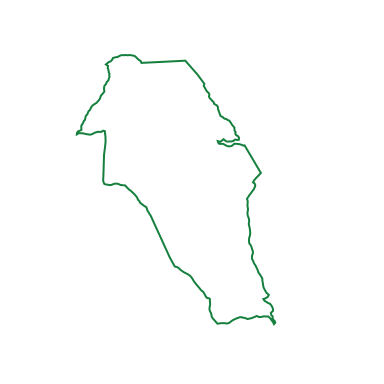 the district of Ipueiras, Ceará, Brazil, rotated 238°
{"feature_id": "56859067B3436475805377", "entity_name": "Ipueiras", "entity_type": "district", "adm_level": 2, "iso_a3": "BRA", "parent_name": "Brazil", "parent_adm1": "Ceará", "projection": "albers", "projection_center": [-40.906, -4.57], "detail": "fine", "context": "isolated", "style": "outline", "palette": "green", "viewbox_px": 384, "rotation_deg": 238, "n_neighbors": 0, "source": "geoboundaries", "source_scale": "gbopen_adm2", "svg_char_len": 4179}
<svg xmlns="http://www.w3.org/2000/svg" viewBox="0 0 384 384"><g transform="rotate(238 192 192)"><path d="M38.8,193.7L40.7,193.3L42.2,193.4L43.8,194.5L45.6,194.0L47.7,194.8L48.3,197.8L50.6,198.9L52.1,199.1L53.8,199.2L55.9,198.9L57.5,197.7L59.5,196.8L61.3,195.8L63.4,195.9L63.0,197.2L62.9,198.9L62.9,200.7L64.0,202.6L65.6,202.2L67.4,201.7L68.8,201.8L70.8,201.9L72.2,202.0L73.8,202.3L75.6,203.1L77.9,204.1L80.0,204.9L81.3,205.8L84.3,205.9L86.9,205.8L88.3,205.6L90.9,206.3L93.4,206.6L95.8,206.9L97.9,206.8L99.5,206.9L101.0,207.3L103.6,207.4L105.2,208.5L106.6,209.6L107.5,211.0L109.4,212.2L111.8,212.7L113.7,213.3L116.1,213.6L117.9,213.3L119.9,214.2L121.4,215.1L122.8,216.2L124.4,218.1L126.6,219.8L128.8,220.9L131.0,221.9L132.9,222.5L134.8,223.2L136.9,225.0L138.9,226.0L140.6,226.4L142.5,226.8L144.7,227.8L146.2,229.1L147.7,230.4L149.9,231.3L151.7,232.2L152.8,233.1L154.9,234.5L157.1,235.0L157.8,236.7L158.6,238.2L159.4,240.4L160.2,242.4L161.1,244.5L161.6,246.0L162.5,247.1L163.1,248.4L164.6,249.4L166.4,249.6L167.8,248.8L169.0,250.8L169.8,253.4L170.4,255.8L170.8,257.5L171.2,259.0L171.7,260.5L203.7,261.3L204.2,260.1L205.6,259.2L207.2,257.8L208.2,256.6L209.3,255.3L210.5,253.3L210.1,251.4L210.2,249.5L210.8,248.0L211.7,246.8L213.4,245.5L215.6,244.4L216.8,243.3L217.7,241.7L218.5,240.6L219.9,240.4L221.5,240.8L219.8,242.4L219.7,243.8L220.1,246.7L218.3,247.3L217.0,247.8L215.9,248.8L215.0,250.6L214.0,252.1L213.4,254.0L213.6,256.4L212.2,257.9L211.5,259.4L213.1,260.6L215.0,260.6L217.0,259.5L218.5,259.6L219.6,260.7L221.1,260.6L222.7,261.2L224.1,262.1L225.6,261.9L227.5,261.6L228.9,261.6L230.8,261.6L232.7,261.5L234.1,260.4L235.5,259.9L236.4,258.9L237.8,258.1L239.3,257.7L241.4,256.5L243.8,257.0L246.2,257.5L248.8,258.1L250.3,259.0L252.0,259.0L253.5,258.3L255.0,257.5L257.0,258.0L258.4,257.5L260.1,257.3L262.1,256.8L263.9,256.9L265.3,258.3L267.3,258.6L269.6,257.9L271.4,258.0L273.3,258.1L275.8,258.2L277.2,259.8L288.6,258.9L306.9,255.9L311.8,247.1L328.3,217.5L330.1,217.9L331.7,217.2L333.0,216.7L334.5,216.3L336.0,216.0L337.8,215.4L339.7,213.5L341.2,211.7L342.0,209.9L343.3,208.5L343.8,207.1L344.8,205.9L345.7,203.8L345.9,201.8L345.9,200.3L346.7,198.9L347.5,196.0L346.4,194.2L345.9,192.4L346.3,190.1L346.0,188.2L345.8,186.6L343.3,187.6L341.8,186.2L339.8,185.8L337.5,184.8L336.0,184.7L334.9,183.7L333.5,183.2L332.5,181.9L331.0,180.2L330.4,177.8L329.2,176.4L328.5,174.1L327.3,172.9L325.7,171.8L323.7,171.0L323.2,169.8L322.7,168.2L322.0,165.9L321.0,164.6L319.9,163.4L319.2,161.6L318.2,158.3L318.2,155.7L318.1,153.6L317.5,151.8L316.5,150.2L315.6,148.8L315.4,147.3L314.5,145.8L313.4,144.5L312.8,142.3L311.4,140.9L310.0,139.6L309.6,138.0L308.6,136.8L307.7,135.0L306.8,133.2L303.3,131.1L303.4,129.3L303.8,127.7L303.1,125.8L301.9,124.9L301.9,127.2L300.6,129.0L299.8,130.4L298.6,131.5L297.4,132.7L296.1,134.2L294.8,135.7L294.0,137.7L293.9,139.6L293.8,141.0L293.1,143.6L292.2,145.2L291.0,146.9L291.1,149.1L289.9,150.3L284.7,147.9L280.8,145.6L276.6,142.4L270.3,137.2L257.4,128.6L253.4,125.9L250.2,123.7L248.4,122.5L245.3,121.9L243.7,123.3L242.7,124.6L241.6,125.6L240.8,127.2L240.4,128.9L240.1,130.8L238.6,133.1L237.1,134.3L235.8,135.2L234.5,136.8L233.0,138.8L230.2,139.3L227.5,139.9L224.9,140.9L222.5,141.5L220.2,142.1L217.9,142.4L216.0,142.5L214.3,142.1L212.6,142.5L210.3,142.3L207.9,143.2L206.3,143.8L204.7,144.5L203.4,145.2L201.3,144.8L199.7,144.3L197.7,144.5L196.0,144.3L194.0,144.4L192.0,144.2L190.4,144.0L189.1,143.8L148.5,138.5L138.0,137.9L135.9,139.8L134.0,140.6L132.3,140.9L130.8,141.5L127.9,142.8L126.4,143.7L124.8,144.7L123.5,145.3L122.2,145.9L119.9,146.3L117.7,146.4L115.3,146.3L113.1,146.5L111.3,146.7L108.7,147.1L106.5,147.4L103.7,147.7L101.8,148.5L100.0,148.6L98.3,148.5L96.1,148.3L94.1,148.6L93.1,149.9L91.9,150.5L89.9,149.3L87.9,148.3L86.6,147.5L85.1,146.0L83.3,144.7L81.7,144.1L79.7,144.0L78.1,143.7L76.8,143.0L75.5,142.6L74.0,142.6L71.9,143.0L66.8,143.8L65.2,147.5L63.4,150.2L61.9,152.1L61.3,153.8L61.7,158.4L61.3,162.3L60.5,166.0L59.4,167.9L58.1,168.9L57.2,170.1L54.8,171.8L53.3,176.2L52.9,179.0L52.5,181.3L50.4,182.6L49.4,184.4L48.5,186.9L46.0,190.7L43.7,191.4L41.2,191.5L38.9,191.8L36.5,191.5L37.1,193.4L38.8,193.7Z" fill="none" stroke="#15803d" stroke-width="2"/></g></svg>